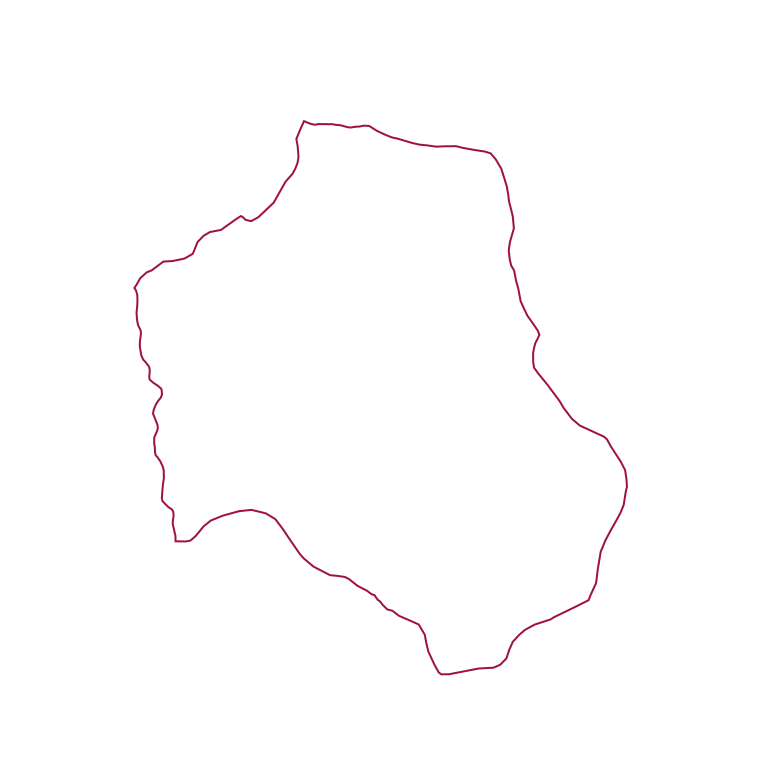 Chaskhar, Mongar, Bhutan, rotated 200°
{"feature_id": "84629894B11723980305793", "entity_name": "Chaskhar", "entity_type": "district", "adm_level": 2, "iso_a3": "BTN", "parent_name": "Bhutan", "parent_adm1": "Mongar", "projection": "natural_earth1", "projection_center": [91.37, 27.254], "detail": "fine", "context": "isolated", "style": "outline", "palette": "rose", "viewbox_px": 768, "rotation_deg": 200, "n_neighbors": 0, "source": "geoboundaries", "source_scale": "gbopen_adm2", "svg_char_len": 3034}
<svg xmlns="http://www.w3.org/2000/svg" viewBox="0 0 768 768"><g transform="rotate(200 384 384)"><path d="M526.1,164.9L516.5,168.2L512.3,170.7L508.9,176.9L504.9,188.4L500.1,196.4L490.5,205.1L476.6,215.0L465.4,220.4L455.9,221.5L450.9,222.0L440.0,219.9L430.5,213.8L419.2,205.6L405.3,195.7L399.9,192.7L387.8,188.3L378.7,187.1L369.3,185.9L362.8,187.6L354.8,189.3L350.1,188.7L339.9,185.3L329.3,183.9L323.7,182.2L320.9,182.4L316.0,179.0L313.5,178.4L310.1,176.2L303.8,173.3L298.5,173.8L290.8,171.3L284.1,170.9L274.7,170.3L269.1,169.9L259.9,162.3L255.8,155.3L250.7,147.6L240.5,137.4L233.8,131.6L230.8,130.8L223.6,133.5L197.8,149.0L184.0,154.9L178.8,159.9L175.1,168.1L175.4,176.9L174.8,185.8L171.1,194.6L167.5,201.1L160.2,209.4L146.8,219.9L144.6,222.9L127.9,240.1L117.8,250.8L117.7,256.6L116.6,269.4L119.9,283.8L123.0,300.5L122.7,306.9L122.5,312.4L120.9,323.9L118.8,336.4L117.7,343.9L117.4,352.3L120.1,366.2L120.5,370.4L123.9,378.1L128.0,385.6L135.4,392.4L138.4,394.6L148.8,402.4L155.5,408.2L159.1,409.7L185.7,411.9L195.4,415.5L207.1,423.0L212.6,427.6L229.5,438.8L242.6,446.6L248.5,450.6L251.1,455.2L254.3,463.5L255.3,468.9L255.8,474.0L255.1,479.3L254.8,483.3L257.8,486.8L267.2,493.5L272.7,497.3L279.2,503.7L283.9,508.5L290.6,519.8L295.6,526.8L300.5,535.1L305.0,538.8L308.5,544.2L312.5,552.2L314.2,560.5L314.9,570.5L315.2,574.7L317.2,579.0L320.4,585.7L325.1,592.7L329.1,598.6L331.8,604.0L336.1,611.5L340.5,617.4L347.5,626.5L355.7,633.2L362.6,637.2L368.9,636.9L379.3,634.8L390.5,632.9L397.7,632.1L408.3,628.1L416.1,624.9L425.0,623.0L432.4,621.1L440.1,620.1L455.1,619.2L461.0,618.4L469.0,618.7L477.4,619.5L486.2,621.4L489.7,620.4L492.4,619.3L494.9,617.6L497.5,616.6L500.8,614.9L502.9,613.6L506.1,612.9L508.3,612.7L510.7,612.5L513.2,612.3L517.1,611.3L519.4,610.8L522.5,610.2L524.7,609.2L526.7,608.6L529.3,607.7L532.0,606.7L533.9,606.1L537.8,603.9L541.6,603.4L549.1,603.6L549.8,593.3L550.2,584.3L546.5,578.0L542.0,568.1L540.9,562.3L541.0,556.1L541.8,550.4L545.7,540.5L549.7,516.6L559.1,497.8L564.5,491.6L570.3,490.9L573.7,492.5L575.8,492.9L577.1,491.4L580.3,487.0L584.9,480.3L589.9,473.0L599.5,467.3L604.2,461.6L607.7,453.8L608.2,441.0L614.4,433.6L624.8,427.2L633.2,423.6L636.8,418.0L641.2,411.3L645.2,407.7L649.2,400.2L650.4,393.2L651.4,388.9L648.9,386.9L646.3,383.3L644.3,378.3L642.3,372.0L641.1,366.8L638.8,361.5L637.4,358.8L635.3,355.3L631.1,351.2L629.8,348.7L629.2,346.4L627.9,340.4L626.2,335.5L624.5,332.6L622.0,328.1L618.7,324.6L615.3,322.9L610.7,319.9L608.8,316.9L607.8,313.4L607.3,311.0L605.7,308.0L601.0,306.2L595.5,304.9L591.5,303.2L590.1,300.7L589.0,298.1L589.1,294.8L590.6,290.5L591.4,286.2L591.6,281.0L590.9,277.1L588.0,273.9L582.9,268.1L581.4,265.2L581.2,261.1L581.6,255.4L579.8,249.9L578.0,246.8L575.7,241.3L574.1,238.9L571.7,237.7L567.6,234.7L563.6,230.7L561.4,227.4L558.7,220.5L557.3,213.7L555.6,207.4L554.8,204.7L553.7,200.7L552.2,198.3L548.5,196.4L544.3,194.5L540.1,193.5L538.4,191.9L536.9,189.0L536.2,186.2L535.7,183.5L534.7,180.3L530.8,174.2L528.1,170.1L526.1,164.9Z" fill="none" stroke="#9f1239" stroke-width="2"/></g></svg>